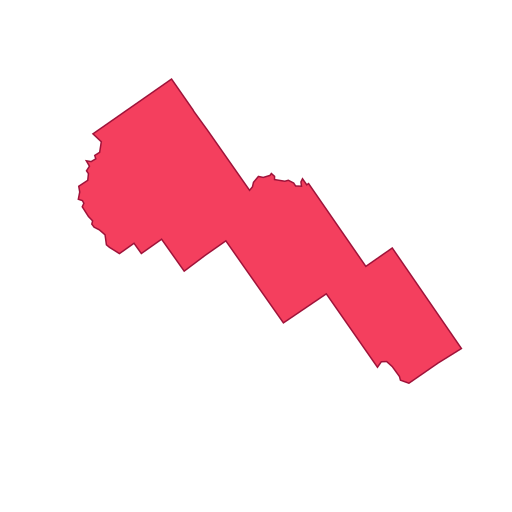 Powell, Montana, United States of America, rotated 145°
{"feature_id": "52423323B29288838375907", "entity_name": "Powell", "entity_type": "district", "adm_level": 2, "iso_a3": "USA", "parent_name": "United States of America", "parent_adm1": "Montana", "projection": "albers", "projection_center": [-112.818, 46.933], "detail": "fine", "context": "isolated", "style": "filled", "palette": "rose", "viewbox_px": 512, "rotation_deg": 145, "n_neighbors": 0, "source": "geoboundaries", "source_scale": "gbopen_adm2", "svg_char_len": 989}
<svg xmlns="http://www.w3.org/2000/svg" viewBox="0 0 512 512"><g transform="rotate(145 256 256)"><path d="M140.8,62.4L139.8,184.4L172.0,184.5L171.4,285.2L173.6,285.2L173.6,292.6L176.7,290.9L178.7,287.1L183.4,290.6L183.3,294.2L186.1,299.5L189.5,300.7L197.0,308.0L195.1,310.6L196.1,314.8L198.3,314.0L205.0,316.2L208.4,319.8L215.8,317.8L219.2,314.7L223.6,313.5L223.6,386.5L224.0,410.2L223.8,411.7L223.7,449.4L319.5,449.6L317.2,438.3L324.6,430.6L330.4,430.9L331.5,427.5L336.9,427.9L340.4,431.3L340.9,425.1L346.0,423.0L346.0,419.6L350.4,414.5L361.2,414.8L363.7,409.5L369.0,404.4L366.4,400.9L366.8,397.9L370.1,396.0L370.6,384.4L369.7,378.5L372.2,376.3L372.1,372.5L369.3,367.2L367.5,359.9L372.1,351.0L371.1,347.2L366.5,336.3L348.6,336.4L348.5,323.8L323.7,323.9L323.5,284.8L297.3,285.7L272.0,285.7L272.0,254.4L271.9,185.5L220.1,184.7L220.3,95.2L214.0,97.5L209.5,94.6L207.8,87.2L207.6,75.0L208.9,71.4L203.7,64.1L168.3,63.9L140.8,62.4Z" fill="#f43f5e" stroke="#9f1239" stroke-width="1.5"/></g></svg>